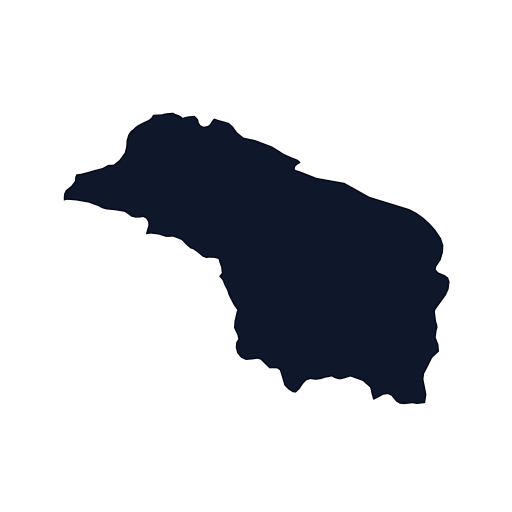 outline of Southern, rotated 285°
{"feature_id": "RWA-3491", "entity_name": "Southern", "entity_type": "Province", "adm_level": 1, "iso_a3": "RWA", "parent_name": "Rwanda", "parent_adm1": "", "projection": "robinson", "projection_center": [29.673, -2.278], "detail": "fine", "context": "isolated", "style": "filled", "palette": "ink", "viewbox_px": 512, "rotation_deg": 285, "n_neighbors": 0, "source": "natural_earth", "source_scale": "10m", "svg_char_len": 2789}
<svg xmlns="http://www.w3.org/2000/svg" viewBox="0 0 512 512"><g transform="rotate(285 256 256)"><path d="M357.6,273.8L355.3,271.7L352.8,270.0L349.4,270.1L348.5,272.2L348.5,275.6L346.4,294.3L348.8,322.4L341.8,350.1L340.4,387.6L340.3,391.7L338.5,399.7L335.5,407.7L331.5,415.3L327.2,421.9L320.6,429.5L314.5,433.5L308.0,434.9L300.0,434.7L292.8,432.2L289.1,432.3L286.7,435.7L285.6,443.3L284.2,446.7L281.0,448.9L273.8,449.9L267.7,448.9L254.3,443.8L250.8,442.5L248.5,442.4L238.9,446.3L236.5,448.0L233.9,449.1L230.6,449.0L223.5,450.0L217.5,454.4L211.3,456.7L203.8,451.9L192.1,449.5L185.9,448.1L180.1,448.9L166.2,455.7L158.2,456.6L155.4,449.6L155.0,445.0L152.0,437.4L151.3,433.2L152.4,429.4L156.8,423.2L157.5,419.0L155.6,414.5L148.6,407.0L148.5,406.7L154.6,403.1L156.2,402.5L159.2,400.7L163.7,391.5L164.8,378.3L161.0,372.1L159.4,369.3L159.0,366.7L159.3,363.4L160.0,359.8L158.6,357.5L157.0,353.9L154.6,350.3L152.6,345.7L151.9,340.1L149.3,336.1L144.9,333.8L138.9,331.7L135.0,329.3L134.7,326.8L136.2,322.0L139.0,317.4L145.8,313.3L152.4,309.1L153.7,305.8L152.8,301.7L151.8,298.2L154.5,293.3L157.8,287.5L158.0,284.1L155.8,279.0L153.7,273.0L154.6,268.1L157.8,263.6L162.7,260.8L167.5,260.0L171.2,261.2L175.3,259.1L181.3,254.0L187.8,252.8L193.4,252.6L197.2,252.4L199.2,252.8L203.9,247.2L211.9,240.1L216.2,237.4L219.8,233.9L223.9,231.0L225.7,228.7L227.1,226.6L228.8,227.3L230.9,228.2L233.2,227.1L235.9,226.2L238.1,224.8L241.5,222.5L244.2,220.9L244.1,215.9L242.9,210.8L241.9,208.5L242.3,204.8L245.2,198.7L247.0,193.6L247.1,190.9L248.2,188.6L249.0,186.8L250.6,184.2L252.9,180.3L253.4,176.9L253.7,173.8L254.0,170.7L253.1,168.2L251.9,164.1L252.3,156.4L251.1,148.3L249.6,144.7L252.9,144.7L257.8,144.9L261.5,143.6L264.5,140.5L265.2,136.7L263.8,133.7L262.6,129.6L262.5,125.6L263.7,122.7L265.4,118.0L264.5,108.3L263.0,99.3L263.1,94.9L264.1,90.7L265.0,80.5L263.9,68.2L262.7,61.5L261.8,57.8L260.9,56.5L262.9,55.9L266.5,55.3L270.1,56.0L275.5,60.0L281.5,62.5L285.6,61.7L288.0,62.1L289.2,65.5L292.5,71.4L296.8,78.6L300.6,85.3L305.1,90.1L306.8,95.4L312.9,99.8L321.7,103.2L327.9,103.1L334.4,101.8L340.0,102.0L343.9,103.3L346.1,105.1L348.7,106.6L351.1,108.5L353.1,110.6L355.8,113.6L358.9,117.4L362.0,119.8L364.6,120.4L365.4,121.0L365.3,121.5L365.9,122.7L366.9,125.9L367.7,128.6L368.4,129.8L369.3,131.3L370.3,133.6L371.3,136.3L372.2,139.0L371.7,140.6L371.6,141.2L371.5,142.6L371.3,145.0L370.7,147.3L369.6,149.2L372.6,154.6L374.7,160.3L373.2,163.0L372.1,164.4L369.5,165.6L367.1,168.4L366.5,171.9L368.5,176.3L371.2,178.3L372.6,178.5L374.5,179.2L376.5,179.9L377.3,180.6L376.9,184.1L376.9,190.8L376.8,195.0L374.7,199.4L369.9,205.4L366.4,213.0L367.0,225.1L365.2,243.1L361.3,255.8L361.2,256.3L361.0,257.0L359.9,263.9L359.1,270.9L358.7,271.8L358.3,272.9L357.6,273.8Z" fill="#0f172a" stroke="#020617" stroke-width="1.5"/></g></svg>